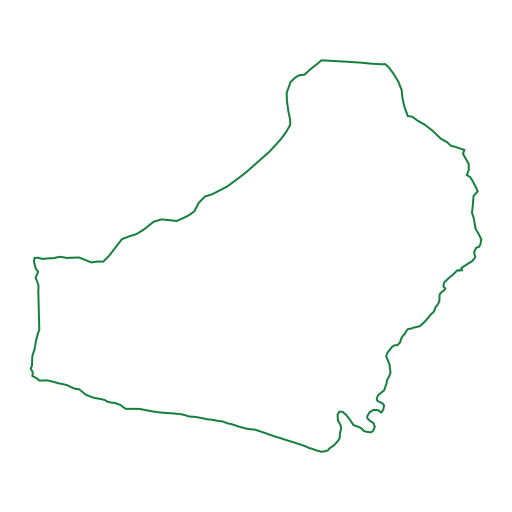 the district of Grand Cess Wedabo, Grand Kru, Liberia
{"feature_id": "62588387B28167569470031", "entity_name": "Grand Cess Wedabo", "entity_type": "district", "adm_level": 2, "iso_a3": "LBR", "parent_name": "Liberia", "parent_adm1": "Grand Kru", "projection": "equal_earth", "projection_center": [-8.082, 4.634], "detail": "fine", "context": "isolated", "style": "outline", "palette": "green", "viewbox_px": 512, "rotation_deg": 0, "n_neighbors": 0, "source": "geoboundaries", "source_scale": "gbopen_adm2", "svg_char_len": 3322}
<svg xmlns="http://www.w3.org/2000/svg" viewBox="0 0 512 512"><path d="M30.7,368.8L32.4,371.5L32.8,373.3L32.3,375.9L36.7,378.3L39.4,380.6L47.3,380.4L52.0,381.5L58.2,383.2L64.1,384.4L67.8,385.4L70.7,387.0L75.8,389.0L79.1,389.2L85.8,394.7L89.3,396.1L89.8,396.3L93.5,397.7L96.9,398.3L101.3,399.2L104.2,399.8L107.8,401.8L112.0,402.7L115.1,403.0L120.5,405.0L123.9,407.6L125.9,408.9L132.0,408.9L139.6,408.9L148.5,410.7L158.4,412.3L164.9,412.9L172.8,413.4L180.3,414.1L184.8,415.1L189.2,416.5L195.3,416.9L201.5,418.0L205.9,419.0L206.9,419.3L211.2,419.6L218.1,420.9L223.3,421.6L227.1,423.3L231.1,424.0L238.2,426.4L244.7,428.2L248.8,429.1L254.8,429.6L264.8,432.9L270.8,435.1L276.2,436.9L281.3,438.4L286.6,440.2L293.3,442.2L300.6,444.6L305.2,446.2L308.8,447.9L311.5,448.6L315.2,450.0L320.9,451.7L325.1,451.3L326.9,450.7L327.9,450.4L329.4,448.4L333.5,445.7L337.7,441.3L339.7,438.0L339.9,433.7L341.2,428.2L340.4,424.8L337.9,420.3L337.6,414.7L339.4,411.6L342.6,411.9L346.0,414.8L349.9,419.6L353.5,425.1L357.2,426.4L361.0,428.0L363.9,431.0L366.5,431.8L371.0,432.3L373.1,430.9L374.8,426.8L373.4,423.0L370.1,421.0L367.5,418.5L367.2,416.4L369.5,412.3L373.3,410.0L377.9,410.1L381.1,412.5L383.2,410.0L384.1,405.3L381.9,403.0L377.4,400.9L376.7,398.6L378.1,395.3L381.1,392.7L384.1,390.4L385.9,385.2L386.6,383.6L386.9,380.5L389.3,376.1L390.5,372.6L390.0,368.3L389.5,364.5L388.0,360.6L386.2,356.7L387.5,352.6L389.5,350.1L392.1,346.8L394.6,345.3L397.6,345.1L400.2,342.2L401.0,339.0L402.9,335.8L404.9,333.8L406.5,330.7L408.2,328.9L411.0,328.7L412.7,327.9L414.8,327.4L419.7,326.2L422.4,323.9L425.5,321.0L428.7,317.1L430.6,314.7L434.0,311.5L435.4,307.3L437.6,304.8L439.2,301.7L439.5,299.5L439.5,296.2L439.7,294.2L441.9,291.8L444.3,290.2L445.3,288.4L443.9,287.2L443.4,285.5L444.4,282.1L446.1,280.6L449.6,277.3L453.3,274.4L457.1,270.5L458.5,270.2L459.4,270.8L460.6,269.7L461.9,270.2L461.6,267.8L468.3,263.5L471.8,261.5L474.0,259.1L475.3,256.8L474.7,255.0L474.2,251.6L476.4,247.6L479.1,246.8L480.4,244.3L481.3,239.4L478.7,234.1L475.7,229.1L474.7,223.9L473.9,218.7L472.0,212.8L472.8,205.2L473.6,195.9L477.7,191.4L476.1,187.7L472.7,181.2L470.2,177.1L466.8,175.0L468.8,169.8L468.7,163.9L465.1,157.6L463.0,153.8L464.3,149.9L462.0,149.2L455.8,147.0L450.9,145.8L447.1,142.2L440.9,138.8L433.0,131.1L425.2,125.0L418.8,121.3L417.4,120.5L412.2,116.7L407.8,116.0L404.4,106.9L402.5,98.3L401.7,90.2L398.3,81.6L393.4,73.6L390.3,69.4L388.8,67.3L385.1,64.1L381.5,64.3L371.5,63.7L360.1,62.6L356.9,62.4L346.3,61.7L321.5,60.3L317.8,63.4L309.7,69.8L304.8,74.5L298.5,75.5L294.8,77.9L290.4,82.3L290.1,83.4L286.7,92.7L286.9,100.8L288.4,111.4L290.1,119.4L290.2,125.0L285.8,132.5L283.5,135.6L280.1,140.0L269.6,151.5L246.9,171.6L238.2,178.4L233.4,181.9L227.0,186.6L212.5,194.1L204.8,196.6L198.7,202.9L195.3,209.5L194.4,211.3L188.3,215.6L181.8,218.7L177.4,220.7L176.7,221.0L170.5,220.3L161.6,219.4L153.7,221.7L143.7,229.6L136.4,234.1L129.6,236.2L122.0,239.1L116.7,245.9L109.0,255.9L103.1,261.7L101.2,261.6L98.1,261.5L91.3,262.4L86.8,260.6L79.0,257.5L72.8,257.7L66.4,257.9L62.8,257.2L59.5,256.8L53.8,258.1L47.8,258.4L42.9,259.0L38.2,257.8L34.6,257.9L33.9,261.1L35.6,268.1L38.1,272.0L35.6,277.6L37.3,281.8L38.5,285.7L38.4,288.8L38.3,291.0L39.3,329.6L37.9,333.6L36.0,340.8L35.1,346.1L34.5,349.2L32.3,356.2L32.0,365.5L30.7,368.8Z" fill="none" stroke="#15803d" stroke-width="2"/></svg>